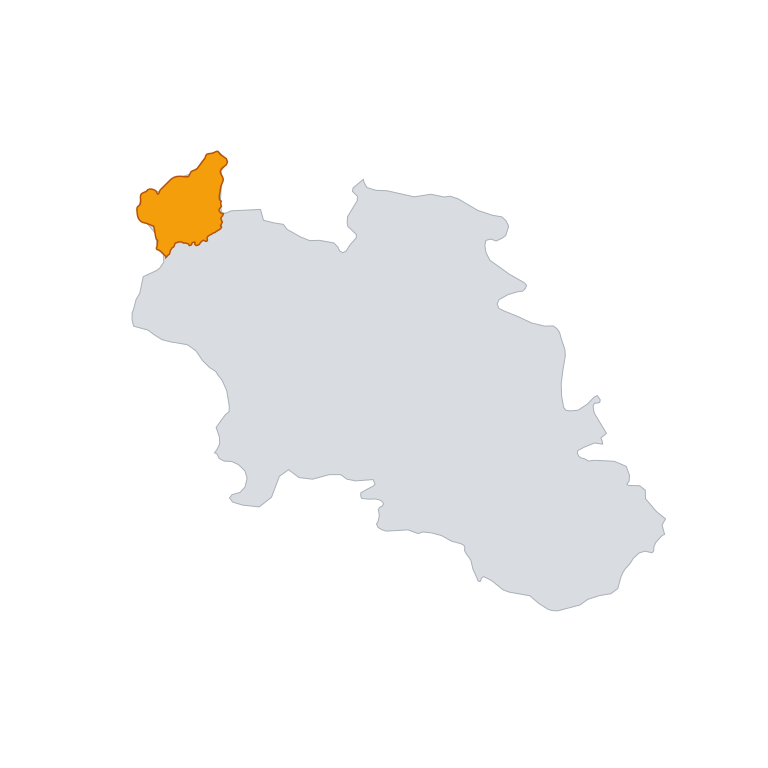 Pcinjski on a map of Republic of Serbia (Mercator projection), rotated 158°
{"feature_id": "SRB-841", "entity_name": "Pcinjski", "entity_type": "District", "adm_level": 1, "iso_a3": "SRB", "parent_name": "Republic of Serbia", "parent_adm1": "", "projection": "mercator", "projection_center": [22.074, 42.528], "detail": "fine", "context": "in_parent", "style": "filled", "palette": "amber", "viewbox_px": 768, "rotation_deg": 158, "n_neighbors": 0, "source": "natural_earth", "source_scale": "10m", "svg_char_len": 6677}
<svg xmlns="http://www.w3.org/2000/svg" viewBox="0 0 768 768"><g transform="rotate(158 384 384)"><path d="M430.0,299.5L446.6,304.8L454.1,309.7L458.1,316.2L468.7,320.5L485.9,322.5L497.9,329.1L504.6,340.3L515.6,337.6L530.8,321.1L545.8,316.8L560.5,324.7L568.5,331.2L569.9,336.3L566.4,338.3L558.2,337.4L551.5,340.5L546.2,347.8L545.5,355.5L549.1,363.7L554.3,369.3L561.1,372.4L564.7,376.7L565.1,382.1L566.9,383.6L563.1,386.1L558.9,389.8L556.5,396.3L555.9,406.6L542.9,414.8L538.0,416.3L535.7,421.6L532.3,436.8L532.7,448.2L534.5,454.0L535.3,458.7L539.5,464.5L543.4,473.4L545.9,485.1L551.6,494.1L566.1,503.0L573.2,508.2L578.5,515.6L582.6,522.4L594.5,531.4L593.6,537.8L591.0,544.1L588.3,547.0L582.3,555.1L576.5,559.6L567.0,573.7L551.9,574.5L548.3,575.6L542.6,579.5L539.8,586.5L542.5,592.2L542.3,597.9L539.5,609.1L543.2,620.9L548.5,626.3L549.3,629.5L548.4,635.0L540.5,646.3L538.1,650.5L530.1,652.5L527.4,651.5L523.3,647.6L519.5,646.4L510.1,651.0L500.4,653.8L492.8,651.7L485.4,651.4L480.2,653.3L476.3,654.0L468.6,658.9L456.3,662.4L450.6,661.7L448.5,657.1L446.2,650.5L447.3,647.6L455.4,642.4L456.4,637.5L467.7,613.7L469.9,606.0L470.0,603.4L467.0,601.7L460.8,601.8L433.1,592.1L434.4,581.0L426.3,575.0L417.5,569.7L416.0,563.7L406.3,551.6L399.2,544.8L390.1,541.4L382.2,536.5L377.5,533.4L375.4,527.8L375.4,524.4L373.1,521.2L369.3,521.5L362.9,526.0L355.0,529.9L353.6,532.7L356.5,539.4L358.5,543.7L357.6,547.7L355.1,552.8L340.0,564.1L338.3,568.1L341.1,574.4L339.3,577.3L326.6,581.5L327.0,578.1L326.2,572.5L318.9,566.6L308.7,562.0L285.9,546.2L277.2,544.2L269.3,542.3L258.1,534.8L252.4,533.4L246.0,528.0L232.0,509.8L220.2,499.8L212.1,494.8L209.8,489.8L209.3,484.8L209.6,483.1L215.7,475.9L220.4,474.9L226.5,474.6L230.5,478.3L235.8,479.0L238.7,474.4L240.2,467.7L239.5,459.1L226.9,439.2L216.0,425.3L214.8,422.2L217.1,419.6L220.9,418.2L225.0,419.4L235.6,420.4L245.8,419.1L249.2,415.7L249.2,411.2L245.5,406.9L233.6,395.4L224.3,385.3L213.4,377.5L205.3,374.4L202.9,370.4L201.9,366.2L202.8,358.4L203.3,348.6L205.2,342.4L212.5,330.6L219.5,318.1L223.9,306.1L226.2,295.0L225.3,291.7L221.7,289.4L213.9,287.0L203.2,289.1L194.1,293.1L190.6,293.4L189.4,288.4L190.8,286.2L193.7,286.5L196.0,287.4L198.5,285.2L200.0,278.4L196.2,254.9L203.0,252.8L203.1,249.3L203.8,246.3L210.8,250.4L220.7,250.5L229.3,249.7L230.6,247.4L230.5,244.0L228.7,241.4L225.7,239.2L223.4,236.0L217.6,234.5L199.3,226.0L190.3,216.9L190.6,207.3L193.2,202.0L196.4,200.2L195.4,198.4L185.1,193.9L181.5,187.7L184.5,179.7L179.1,163.5L173.5,153.5L179.0,149.1L179.8,142.9L180.2,139.4L182.5,139.5L191.4,135.3L194.7,132.0L196.6,128.0L198.7,127.1L204.7,131.3L211.0,131.7L218.1,129.0L223.4,125.2L229.8,122.1L232.7,120.0L236.4,116.6L243.9,106.7L252.3,104.6L263.6,107.1L275.8,108.0L284.9,105.7L308.0,108.6L313.0,110.9L316.2,113.5L322.3,122.0L328.1,133.0L336.2,138.1L345.8,144.1L350.7,148.5L358.0,161.7L363.8,168.1L365.7,167.8L367.6,166.1L369.0,164.8L370.5,166.0L370.5,170.0L370.9,178.8L369.5,188.2L371.6,197.0L371.6,199.8L370.2,202.3L370.4,204.6L372.4,207.0L380.2,212.9L387.4,221.9L395.8,228.2L403.5,232.3L408.4,232.5L416.4,239.8L432.2,245.1L437.3,246.9L440.7,249.8L443.3,253.3L443.4,257.0L441.0,258.8L437.6,263.8L436.2,269.9L433.7,271.4L431.1,271.5L429.3,273.3L429.7,275.9L431.8,278.4L435.1,280.7L441.4,283.0L447.6,286.3L447.5,288.9L446.3,291.8L438.4,292.8L432.5,293.3L429.8,294.5L430.0,299.5Z" fill="#d9dde1" stroke="#a8b0b8" stroke-width="1"/><path d="M530.2,652.6L528.2,652.5L526.4,651.8L524.8,650.5L523.3,648.8L523.0,647.8L522.9,645.4L522.5,644.8L521.6,644.9L518.9,647.7L509.2,651.8L504.9,653.6L501.3,654.3L499.8,654.1L497.9,653.9L494.6,652.7L489.2,649.9L487.9,649.6L486.8,650.1L483.4,653.1L482.6,653.3L478.6,653.3L476.5,653.7L466.6,659.8L465.3,660.6L463.8,662.4L462.2,663.4L460.5,663.3L456.9,662.3L451.9,662.4L450.8,661.8L449.7,658.0L445.8,652.0L445.9,648.7L448.0,646.4L454.1,644.5L456.2,642.5L456.6,640.4L456.1,636.0L456.4,633.9L457.3,632.4L461.3,628.3L466.4,619.8L467.4,616.6L467.3,616.1L466.6,614.9L466.5,614.3L466.7,613.9L467.3,613.6L467.5,613.3L467.7,612.9L468.2,610.1L468.1,609.7L469.1,609.0L470.4,608.4L471.4,607.7L472.0,606.5L471.2,603.4L469.1,602.1L470.2,600.8L470.5,600.6L470.8,600.4L471.6,600.0L472.0,599.8L472.9,598.9L473.3,598.6L473.3,598.4L473.4,598.2L473.3,597.2L473.3,596.1L473.2,595.0L473.3,594.7L473.4,594.4L473.5,594.3L473.7,594.2L474.4,593.8L474.6,593.6L474.8,593.3L475.2,592.8L475.3,592.6L475.5,592.5L476.1,592.2L476.3,592.1L476.3,591.9L476.3,591.7L476.0,591.2L475.9,591.0L475.8,590.8L475.9,590.5L476.0,590.3L476.1,590.1L476.6,589.6L476.9,589.4L477.1,589.3L478.9,588.8L479.1,588.7L479.3,588.7L479.7,588.7L480.0,588.7L481.1,588.4L481.4,588.4L481.8,588.4L482.1,588.4L482.5,588.3L483.4,587.9L483.8,587.8L484.1,587.8L485.1,587.9L485.7,588.0L485.9,588.0L486.1,587.9L486.9,587.7L488.0,587.4L488.7,587.4L489.0,587.4L489.5,587.5L491.5,587.0L491.8,586.9L492.4,586.6L493.1,586.1L493.3,585.9L493.5,585.6L493.5,585.3L493.7,584.1L493.7,583.8L493.8,583.6L494.1,583.2L494.3,583.0L494.5,582.9L495.0,582.8L495.3,582.9L495.5,582.9L495.7,583.0L496.0,583.2L496.8,584.2L497.3,584.6L497.6,584.8L497.8,584.9L498.0,584.9L498.3,584.9L499.3,584.7L500.7,584.1L501.6,583.6L501.8,583.5L502.5,582.9L503.2,582.6L503.5,582.5L503.9,582.5L505.0,582.5L505.8,582.6L506.0,582.6L506.3,582.9L507.0,584.0L507.1,584.4L507.1,584.6L506.9,584.9L506.3,585.7L506.2,586.0L506.3,586.3L506.6,586.6L506.8,586.6L507.2,586.7L507.6,586.8L508.6,586.8L509.0,586.7L509.4,586.5L510.0,585.5L510.2,585.3L510.4,585.2L510.6,585.2L511.0,585.1L511.4,585.1L511.8,585.1L512.2,585.2L512.4,585.2L512.6,585.3L512.7,585.5L512.8,585.8L512.7,586.6L512.7,586.8L512.8,587.0L513.2,587.5L515.1,588.9L516.0,589.4L516.8,589.6L517.0,589.7L517.2,589.9L517.4,590.1L517.8,590.8L517.9,591.0L518.3,591.3L518.7,591.6L519.0,591.8L520.1,592.1L520.6,592.3L521.0,592.7L521.2,592.8L521.4,592.8L521.6,592.8L522.2,592.5L522.4,592.5L522.6,592.5L522.9,592.6L523.4,592.8L523.7,592.8L524.0,592.9L524.3,592.9L524.6,592.8L524.8,592.7L525.9,591.8L526.5,590.9L527.1,590.4L527.3,590.1L527.6,590.0L528.1,589.8L529.1,589.6L529.4,589.6L529.7,589.5L530.0,589.3L530.3,589.1L530.8,588.6L531.9,587.9L532.1,587.7L532.4,587.4L532.9,586.5L533.3,586.0L533.9,585.4L534.3,584.8L534.5,584.7L535.8,584.4L536.5,584.2L537.0,583.9L537.6,583.5L537.8,583.4L538.8,583.0L538.6,583.5L538.5,584.0L538.8,584.5L541.2,590.4L542.6,592.5L544.1,593.7L544.2,594.1L544.3,594.6L544.2,595.0L544.1,595.4L542.8,596.7L540.1,601.8L540.8,603.7L540.4,607.1L540.0,608.5L538.8,614.1L538.4,616.8L538.9,617.0L544.1,622.0L547.2,624.2L548.5,625.8L549.3,627.8L549.7,629.9L549.4,632.7L548.0,637.8L546.9,640.0L545.8,640.8L544.5,641.1L542.9,641.8L541.4,643.9L539.7,648.9L538.3,650.9L536.4,651.5L532.2,651.6L530.2,652.6Z" fill="#f59e0b" stroke="#b45309" stroke-width="1.5"/></g></svg>